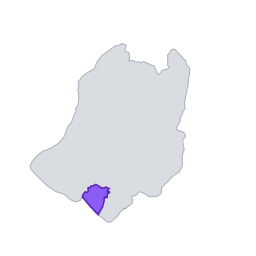 Suriname, with Coronie highlighted, rotated 211°
{"feature_id": "SUR-71", "entity_name": "Coronie", "entity_type": "District", "adm_level": 1, "iso_a3": "SUR", "parent_name": "Suriname", "parent_adm1": "", "projection": "equal_earth", "projection_center": [-56.304, 5.634], "detail": "fine", "context": "in_parent", "style": "filled", "palette": "violet", "viewbox_px": 256, "rotation_deg": 211, "n_neighbors": 0, "source": "natural_earth", "source_scale": "10m", "svg_char_len": 3545}
<svg xmlns="http://www.w3.org/2000/svg" viewBox="0 0 256 256"><g transform="rotate(211 128 128)"><path d="M189.0,64.5L186.2,67.6L183.3,72.0L179.3,79.7L179.5,82.1L178.6,84.0L178.4,87.5L178.7,91.3L179.7,93.8L180.2,98.6L179.4,102.9L179.7,105.5L180.5,109.4L181.2,113.7L181.1,115.4L182.1,116.8L183.0,118.1L182.7,121.9L185.8,128.7L187.7,131.6L190.5,134.5L191.5,137.3L193.0,140.7L194.0,141.1L194.5,142.4L194.0,145.0L193.9,148.6L192.1,152.8L188.0,160.5L187.5,162.3L188.6,168.7L188.0,173.9L187.8,176.4L185.8,181.0L181.0,192.1L178.3,194.2L176.7,197.4L175.6,197.4L174.4,197.7L174.0,198.1L172.5,198.1L171.4,196.6L171.2,195.0L170.6,193.0L169.1,192.4L166.3,193.1L165.5,192.6L163.9,190.6L162.5,188.3L162.2,186.1L161.3,186.4L159.2,188.3L157.7,188.7L156.6,188.2L155.3,188.4L152.1,190.5L150.2,190.9L148.9,193.1L139.9,194.0L137.6,194.6L132.2,190.9L130.8,189.7L130.1,189.5L129.5,189.7L128.9,190.6L128.1,195.2L127.3,196.4L125.9,197.4L124.5,199.3L124.2,201.1L126.3,202.1L128.1,205.5L130.0,208.3L131.5,210.8L131.3,213.5L131.0,217.5L129.9,218.8L128.1,219.5L121.3,217.6L116.1,215.9L113.9,215.5L112.9,215.1L111.6,213.6L110.3,212.3L108.2,211.8L105.7,210.9L103.8,207.4L101.9,202.5L101.2,200.3L99.7,198.1L98.2,195.1L97.8,192.4L96.7,189.9L96.1,189.0L95.2,185.6L95.0,184.4L94.6,184.2L94.0,183.1L92.8,179.5L92.6,178.6L92.0,178.3L90.6,175.8L89.5,174.9L89.1,173.6L89.2,170.0L88.6,168.3L88.5,164.9L88.4,163.6L87.9,162.1L86.9,161.2L86.7,158.8L86.5,152.8L86.1,151.8L82.1,151.8L81.7,152.4L79.9,152.8L78.0,152.8L76.3,152.0L74.8,151.0L74.5,149.7L74.8,145.6L72.4,142.5L68.8,138.6L67.7,133.7L66.3,130.6L62.2,124.2L61.5,119.8L61.5,116.7L63.0,113.9L65.0,108.9L65.8,104.4L66.4,102.0L67.4,98.9L68.4,94.9L67.6,92.4L66.4,90.0L66.0,88.2L67.2,85.5L68.4,83.7L69.7,83.4L71.4,82.3L72.8,80.7L74.8,80.2L77.4,80.1L82.6,80.1L85.2,79.4L86.0,78.1L85.9,75.6L87.2,73.4L88.6,72.4L89.2,71.7L89.3,70.8L88.9,70.1L88.3,69.6L86.9,69.4L85.6,65.5L86.5,63.8L87.6,60.7L87.9,58.9L89.7,56.1L90.1,57.0L91.4,51.9L91.6,47.8L92.6,43.8L94.2,38.9L97.0,36.6L113.5,39.0L121.0,41.3L130.7,45.2L132.1,49.5L132.1,45.2L131.7,41.0L134.3,37.9L140.2,36.9L149.0,38.3L156.5,36.5L166.8,36.8L182.4,40.2L189.4,42.6L192.3,44.7L192.8,48.5L192.6,53.5L191.4,58.2L189.0,64.5Z" fill="#d9dde1" stroke="#a8b0b8" stroke-width="1"/><path d="M109.0,38.4L109.3,38.6L110.0,38.9L111.5,39.0L115.0,40.1L117.1,40.9L118.8,41.0L120.3,41.5L121.4,41.9L122.4,42.3L124.7,42.9L126.0,43.5L126.8,43.8L127.5,44.0L128.7,44.6L130.8,44.8L131.4,45.7L131.9,46.1L132.1,46.7L132.1,50.5L131.6,51.3L131.1,51.5L130.2,51.6L129.9,51.7L129.7,51.9L129.6,52.2L129.5,52.5L129.6,53.0L129.8,53.4L130.0,53.9L130.9,55.2L131.0,55.3L131.2,55.7L131.4,56.5L130.1,57.1L129.7,57.4L129.6,57.6L129.6,57.8L129.9,58.6L129.9,59.1L129.3,59.4L128.6,60.0L128.3,60.3L128.1,61.0L127.9,61.1L127.3,61.4L126.8,62.9L126.5,63.0L124.5,63.2L121.2,63.0L119.3,63.2L118.7,63.5L118.2,63.8L117.6,64.7L116.9,65.4L116.5,65.8L116.0,66.2L112.9,66.3L113.2,65.8L113.5,65.6L113.6,65.2L113.6,64.8L113.5,64.4L113.2,63.6L113.0,63.1L112.8,62.7L112.6,62.5L112.4,62.5L112.2,62.7L112.1,63.0L112.0,63.6L111.9,63.8L111.7,63.9L111.4,63.8L110.9,63.6L110.7,63.5L110.7,63.3L110.7,63.0L110.9,62.8L110.9,62.3L111.0,62.0L111.2,61.8L111.4,61.5L111.5,61.1L111.5,60.4L111.5,60.0L111.3,59.7L110.2,58.2L110.1,57.7L110.3,57.4L110.5,57.5L110.7,57.4L110.9,57.3L111.1,57.0L111.3,56.8L111.5,56.7L111.7,56.8L112.1,57.1L112.3,57.1L112.4,56.9L112.4,56.4L112.4,55.9L112.3,55.6L111.1,53.7L110.3,51.4L110.2,51.0L110.1,50.0L110.0,49.6L109.6,48.8L109.1,47.3L109.1,46.2L109.0,38.9L109.0,38.4Z" fill="#8b5cf6" stroke="#5b21b6" stroke-width="1.5"/></g></svg>